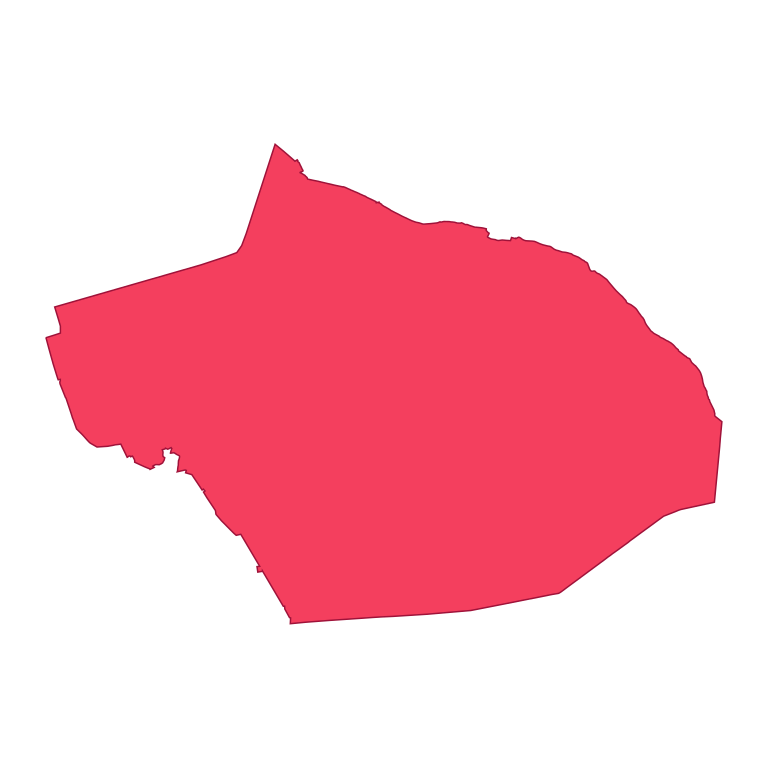 Putten, Gelderland, Netherlands (orthographic projection)
{"feature_id": "6326949B51712593029149", "entity_name": "Putten", "entity_type": "district", "adm_level": 2, "iso_a3": "NLD", "parent_name": "Netherlands", "parent_adm1": "Gelderland", "projection": "orthographic", "projection_center": [5.573, 52.248], "detail": "fine", "context": "isolated", "style": "filled", "palette": "rose", "viewbox_px": 768, "rotation_deg": 0, "n_neighbors": 0, "source": "geoboundaries", "source_scale": "gbopen_adm2", "svg_char_len": 5986}
<svg xmlns="http://www.w3.org/2000/svg" viewBox="0 0 768 768"><path d="M54.7,307.0L58.3,318.9L60.4,326.1L60.4,333.1L54.9,334.9L46.3,337.6L46.1,338.2L46.5,339.6L47.2,342.2L48.8,348.2L51.8,359.0L52.7,362.1L52.9,363.0L54.7,368.9L55.4,371.1L56.3,374.1L57.8,378.8L58.2,379.8L60.3,379.4L60.3,381.0L59.8,381.9L60.0,383.7L60.4,384.8L65.5,397.6L66.0,398.1L71.1,413.4L72.5,417.9L73.4,420.1L76.0,427.4L76.6,429.0L82.1,434.4L83.5,435.9L87.4,440.3L89.3,442.3L90.1,443.0L90.9,443.5L97.0,447.0L107.6,446.3L112.7,445.4L115.3,444.8L118.2,444.5L120.8,444.1L127.2,457.3L127.6,457.1L128.6,456.3L128.9,456.1L130.0,456.0L130.7,456.8L131.9,456.2L132.4,456.1L133.1,457.1L134.3,459.4L134.4,459.7L134.6,460.3L134.7,460.8L134.7,462.2L135.5,462.6L144.4,466.7L147.8,468.1L149.7,468.8L150.0,469.4L154.2,467.4L152.8,466.1L153.7,465.5L155.6,464.6L157.4,464.6L158.9,464.7L159.7,464.6L160.5,464.0L160.9,464.0L162.6,462.9L163.3,461.6L164.1,460.2L164.5,458.7L164.7,457.9L164.7,457.6L164.2,457.4L163.1,456.5L163.0,455.9L162.9,455.5L162.8,455.0L163.0,452.8L163.0,452.3L163.0,452.0L162.3,449.7L165.1,448.9L165.4,448.2L165.9,448.4L167.7,449.2L169.0,448.7L171.1,447.6L171.6,448.2L171.8,448.6L171.6,448.8L170.4,453.1L170.6,453.2L171.9,453.0L173.3,452.8L174.3,452.9L176.6,454.4L179.1,455.6L179.4,455.8L179.5,456.3L179.6,456.6L179.4,458.0L179.1,459.1L178.5,460.7L178.3,463.6L178.3,464.7L178.2,465.7L177.9,467.0L177.9,467.4L177.7,468.7L177.6,470.3L177.5,470.9L177.4,471.2L177.2,471.8L185.1,470.0L186.3,470.4L185.6,472.8L189.7,474.0L191.8,474.6L202.1,490.0L203.3,489.1L205.0,491.0L203.5,492.1L206.9,497.7L213.7,507.9L215.4,510.5L215.6,511.6L215.9,514.0L216.1,514.5L221.4,520.7L223.4,522.7L230.6,530.0L234.0,533.4L236.2,535.3L240.8,534.3L259.7,566.3L257.0,566.6L257.8,572.1L262.5,571.3L262.5,571.0L283.3,606.3L284.6,606.2L284.8,609.0L289.5,617.6L290.6,617.9L290.3,623.7L305.9,622.2L329.6,620.4L353.3,618.8L362.2,618.2L372.0,617.5L381.5,616.9L392.7,616.4L427.4,614.2L447.3,612.5L470.8,610.5L498.9,605.0L552.4,594.4L558.4,593.4L559.1,593.1L560.9,592.0L566.9,587.5L599.9,563.1L604.5,559.7L607.7,557.2L610.3,555.4L612.6,553.6L614.9,552.0L628.4,542.2L629.9,540.9L663.6,516.2L675.1,511.7L678.7,510.2L680.8,509.5L714.4,502.2L719.7,446.5L719.9,443.8L720.0,442.7L720.3,438.6L721.9,421.7L715.5,416.6L715.0,416.1L714.8,415.7L714.7,415.3L714.8,413.6L714.4,412.2L714.0,410.2L713.5,409.1L709.9,401.8L709.7,401.2L709.5,400.2L709.3,399.7L708.6,399.0L708.4,398.6L708.3,397.4L707.5,395.7L707.1,394.4L706.9,392.9L706.8,392.3L706.8,391.2L706.1,390.2L705.3,388.3L704.2,386.6L702.9,382.3L702.4,379.0L701.7,376.2L700.6,373.0L699.7,371.3L699.0,370.2L695.6,365.9L694.6,365.2L691.9,362.7L691.6,362.3L689.8,358.9L689.5,358.6L687.5,357.8L687.1,357.6L686.7,357.2L686.1,356.5L684.8,355.8L680.0,352.0L678.8,351.1L678.5,350.7L678.2,349.7L676.0,347.9L674.1,345.7L673.1,344.7L671.2,343.1L669.4,342.0L669.1,341.9L668.1,341.2L666.6,340.6L663.3,338.6L660.2,337.2L659.3,336.3L658.4,335.8L654.6,333.8L653.6,333.2L652.2,331.9L651.3,331.3L650.6,330.6L650.0,329.7L648.9,328.2L647.5,326.4L646.7,325.3L645.8,323.8L645.4,323.1L644.6,321.1L644.3,320.2L644.0,319.6L643.8,319.3L642.8,317.7L642.3,317.2L641.5,316.4L640.9,315.6L640.4,314.8L639.0,313.0L636.9,309.8L636.1,308.8L635.4,308.1L633.7,306.7L631.6,305.2L630.9,304.7L627.6,303.2L626.8,302.6L626.4,302.0L626.0,300.8L625.8,300.5L624.0,298.5L622.5,296.7L619.8,294.3L616.1,290.7L614.0,288.3L610.1,283.7L609.0,282.4L607.0,279.8L606.6,279.4L599.7,274.3L598.6,273.7L597.7,273.5L597.2,273.2L595.9,272.2L595.1,271.4L594.8,271.1L594.4,271.0L593.7,271.0L592.6,271.2L591.7,271.2L591.3,271.1L590.7,270.6L590.2,270.0L589.8,269.5L587.7,263.7L587.6,263.4L587.1,262.8L586.7,262.5L585.8,262.0L585.3,261.8L584.9,261.6L584.3,260.9L583.7,260.5L582.3,259.9L579.8,258.1L578.4,257.2L574.9,255.8L573.5,255.3L572.7,254.8L571.7,254.0L571.0,253.7L569.6,253.4L568.1,252.9L566.0,252.4L564.4,252.2L562.4,252.0L561.7,251.8L558.5,250.7L556.4,250.2L555.0,249.6L554.2,249.2L553.1,248.4L550.9,246.8L550.5,246.6L549.6,246.3L547.7,246.0L542.9,244.8L539.8,243.7L536.5,242.2L534.5,241.4L532.1,241.1L526.7,240.8L525.7,240.7L524.3,240.3L523.2,239.8L522.4,239.4L521.0,238.3L519.7,237.5L518.7,237.2L517.5,237.7L516.3,238.4L515.7,238.2L515.6,238.6L511.5,237.5L510.5,240.6L506.7,240.4L502.2,240.0L498.7,240.5L497.7,240.4L496.6,240.2L495.6,239.7L495.2,239.6L491.3,239.0L489.9,238.4L489.2,238.0L487.7,237.2L487.5,236.9L487.6,236.5L488.8,234.2L489.0,233.4L489.1,233.2L488.9,233.0L488.4,232.8L488.1,232.6L486.3,230.6L486.2,230.3L486.3,228.8L483.0,228.0L481.0,227.7L475.9,227.2L475.0,227.2L469.4,225.4L467.5,224.6L466.9,224.5L465.3,224.6L464.5,224.2L463.3,223.5L462.6,223.2L461.6,222.8L461.2,222.8L460.3,223.2L459.3,223.1L458.2,223.1L457.1,223.0L454.8,222.3L452.5,222.0L450.7,221.9L449.5,221.6L444.6,221.5L443.8,221.5L440.7,222.2L440.8,222.4L440.1,221.8L437.6,222.8L436.3,223.0L430.7,223.6L424.0,224.1L423.5,224.1L422.7,224.0L419.0,222.8L417.4,222.5L415.9,222.2L411.7,220.7L402.1,216.2L397.8,213.9L394.9,212.5L391.7,210.8L391.2,210.6L390.7,210.3L390.4,210.0L389.5,209.4L388.5,208.8L385.2,206.9L384.4,206.6L383.4,205.9L382.5,205.4L382.1,205.1L381.6,204.3L381.4,204.2L380.5,203.6L379.4,202.9L379.3,202.7L379.0,202.1L378.3,202.7L378.1,202.6L377.8,202.3L377.5,202.4L376.5,202.8L376.1,202.7L376.1,201.8L375.9,201.6L366.6,197.2L365.6,196.4L362.8,195.3L361.9,194.8L361.4,194.6L359.9,194.0L359.0,193.4L358.8,193.4L358.3,193.2L357.6,192.8L354.6,191.6L352.4,190.6L351.0,190.1L349.7,189.4L348.2,188.8L347.0,188.2L345.2,187.4L343.5,186.8L342.9,186.9L335.2,185.3L321.0,182.0L318.3,181.3L312.7,180.2L307.7,179.1L307.4,178.7L307.2,177.8L307.1,177.6L306.2,176.7L305.4,176.1L305.3,175.8L304.8,175.3L301.8,173.5L300.1,172.7L300.1,172.4L300.8,172.0L302.0,171.6L302.9,171.1L303.0,170.9L302.9,170.3L302.5,169.7L302.0,168.8L301.4,167.4L300.0,164.6L299.3,163.0L299.1,162.6L298.2,161.9L297.8,161.5L297.5,160.9L297.8,160.6L297.2,159.8L295.0,161.2L284.1,151.7L275.1,144.3L246.2,233.6L241.7,245.6L236.8,252.6L226.1,256.6L200.9,264.9L54.7,307.0Z" fill="#f43f5e" stroke="#9f1239" stroke-width="1.5"/></svg>